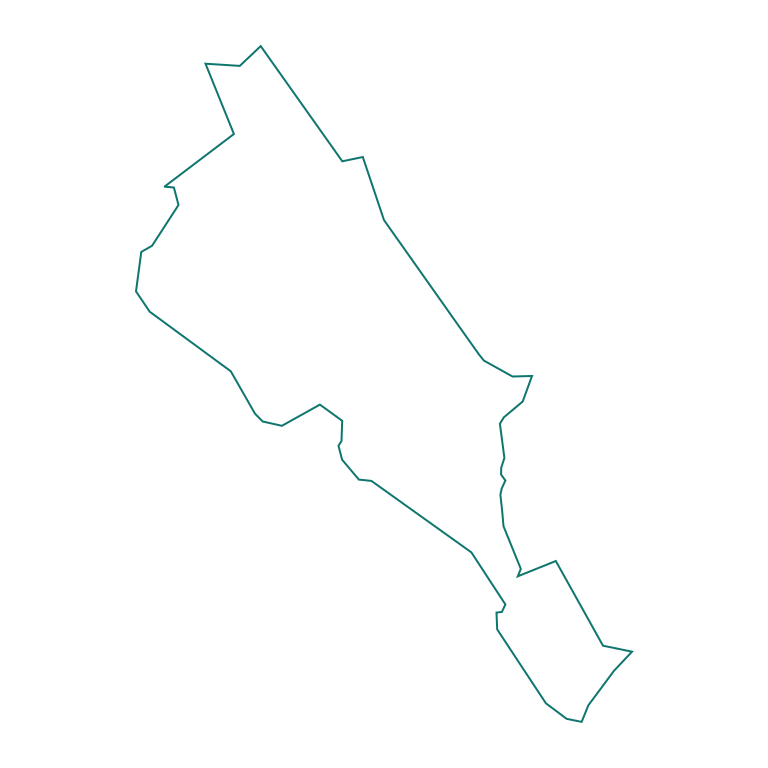 the district of Newport News, Virginia, United States of America
{"feature_id": "52423323B40320593937866", "entity_name": "Newport News", "entity_type": "district", "adm_level": 2, "iso_a3": "USA", "parent_name": "United States of America", "parent_adm1": "Virginia", "projection": "mercator", "projection_center": [-76.498, 37.092], "detail": "fine", "context": "isolated", "style": "outline", "palette": "teal", "viewbox_px": 768, "rotation_deg": 0, "n_neighbors": 0, "source": "geoboundaries", "source_scale": "gbopen_adm2", "svg_char_len": 879}
<svg xmlns="http://www.w3.org/2000/svg" viewBox="0 0 768 768"><path d="M164.8,186.4L164.9,186.7L173.9,187.5L178.5,205.0L152.1,245.7L141.3,251.9L136.0,291.4L149.7,311.7L230.8,371.3L255.0,413.7L262.7,421.5L281.9,425.8L319.9,404.6L342.2,420.8L341.5,441.0L338.5,445.8L342.1,459.7L358.9,479.6L371.4,480.9L471.4,552.4L494.3,587.5L504.0,602.3L505.4,604.4L501.9,611.9L496.5,612.6L497.2,629.4L512.6,652.8L545.9,703.3L566.6,718.8L581.6,721.9L584.0,716.1L588.3,705.4L613.9,670.9L632.0,651.7L603.0,645.7L555.8,561.0L517.8,576.3L520.8,568.9L503.5,526.2L502.2,511.3L500.4,494.8L501.7,488.5L505.4,480.5L501.1,474.6L501.2,467.8L504.4,458.0L499.9,423.7L503.9,417.3L522.7,401.5L532.0,376.0L512.5,376.5L483.9,360.6L479.0,354.5L457.8,324.6L384.0,220.1L362.8,157.0L342.3,161.3L278.4,71.1L260.7,46.1L239.8,65.9L205.5,63.7L233.9,134.0L164.8,186.4Z" fill="none" stroke="#0f766e" stroke-width="2"/></svg>